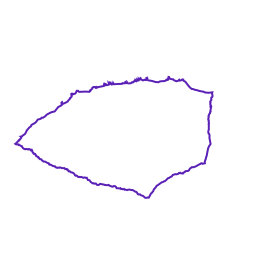 the district of Sao Lourenco, São Filipe, Cabo Verde, rotated 35°
{"feature_id": "66160863B41356087556588", "entity_name": "Sao Lourenco", "entity_type": "district", "adm_level": 2, "iso_a3": "CPV", "parent_name": "Cabo Verde", "parent_adm1": "São Filipe", "projection": "robinson", "projection_center": [-24.437, 14.978], "detail": "fine", "context": "isolated", "style": "outline", "palette": "violet", "viewbox_px": 256, "rotation_deg": 35, "n_neighbors": 0, "source": "geoboundaries", "source_scale": "gbopen_adm2", "svg_char_len": 5762}
<svg xmlns="http://www.w3.org/2000/svg" viewBox="0 0 256 256"><g transform="rotate(35 128 128)"><path d="M185.0,173.1L184.4,168.4L184.8,167.3L184.7,166.7L184.9,165.3L184.4,163.5L184.7,160.9L184.6,159.0L185.4,157.2L186.7,153.3L187.5,152.4L188.1,151.0L188.6,150.5L188.9,149.8L189.6,146.1L190.5,145.0L190.8,143.9L191.6,142.6L191.6,140.8L193.3,138.6L194.1,138.3L195.4,136.8L195.5,136.6L195.5,135.8L196.0,135.5L196.1,135.0L196.4,134.7L197.6,134.7L199.1,133.7L198.8,133.0L199.8,131.7L199.7,130.7L201.0,129.3L201.7,128.9L202.2,127.7L202.0,125.9L202.8,123.4L204.3,122.5L204.5,122.0L205.5,120.7L207.5,116.4L208.0,115.9L208.2,114.9L208.7,114.5L209.7,114.5L211.2,112.8L210.7,112.3L209.9,110.7L209.4,108.5L208.9,107.6L208.6,106.2L205.5,99.2L205.0,97.5L204.8,95.8L204.9,94.2L204.7,93.6L200.2,89.2L199.4,87.7L198.6,86.9L197.9,86.3L197.2,86.3L196.3,85.5L195.7,84.7L194.9,82.6L193.4,80.6L192.8,79.5L191.8,78.6L191.7,77.7L190.2,76.3L190.0,75.6L189.7,75.3L189.1,75.2L188.9,74.7L188.5,74.5L187.9,72.8L187.2,72.3L187.2,71.6L186.8,71.1L186.6,69.8L186.7,68.9L186.1,68.0L186.3,67.2L185.5,66.4L184.3,63.7L183.6,63.5L183.8,63.0L183.8,62.6L182.9,62.4L182.7,61.8L182.1,61.7L181.4,60.9L181.2,60.0L180.5,59.7L180.2,59.3L180.2,57.2L179.6,56.7L178.8,55.2L179.2,54.4L179.1,53.7L178.1,52.4L177.1,51.7L176.6,50.4L173.9,52.9L170.7,54.7L170.1,54.9L169.4,54.8L165.1,56.8L163.5,57.2L160.9,58.3L158.7,58.9L158.0,59.4L156.4,59.4L154.1,59.0L148.5,57.2L146.1,57.4L145.5,56.7L145.3,56.9L144.6,57.1L144.1,58.5L143.2,59.5L142.3,59.1L141.9,60.7L141.0,61.8L138.5,62.5L137.0,62.2L136.4,62.7L134.1,63.6L132.7,63.0L132.3,63.3L132.1,62.8L131.9,62.9L132.4,64.3L133.1,65.0L133.1,65.7L132.7,66.1L131.9,66.1L131.7,66.6L131.8,66.9L131.7,67.7L130.5,69.0L128.9,70.2L127.5,71.5L126.6,73.1L124.0,74.6L120.6,75.7L117.1,77.4L115.8,77.6L115.3,77.1L115.3,76.2L115.0,76.2L114.9,76.8L114.6,76.3L114.4,76.7L114.9,77.0L115.1,77.7L115.5,78.1L114.8,78.8L113.8,79.0L113.0,80.4L110.8,80.7L110.2,81.1L109.9,81.0L110.0,80.2L109.7,80.0L109.6,80.3L109.7,80.8L109.4,80.9L109.4,80.4L109.0,81.2L109.6,81.9L109.4,82.1L109.2,81.9L109.4,82.2L109.4,82.5L108.8,82.2L109.1,82.7L108.7,83.1L108.4,83.2L107.8,83.1L108.4,84.0L108.2,84.5L107.9,84.3L107.8,84.7L107.3,84.4L106.6,84.4L107.1,85.1L107.0,85.3L106.5,85.4L106.6,85.7L106.3,86.0L105.7,85.7L106.3,86.5L105.9,87.8L105.5,87.8L105.4,88.2L104.9,88.5L104.8,89.4L104.6,89.8L102.8,91.2L101.7,91.6L101.4,91.4L101.4,91.8L99.9,92.5L99.7,92.5L99.5,91.8L99.4,92.0L99.8,93.1L98.2,94.3L97.9,94.4L97.8,93.8L97.7,94.3L98.0,94.9L97.0,95.9L94.5,97.7L91.4,100.2L90.9,100.4L90.7,100.2L90.6,100.6L90.6,100.3L90.1,100.0L90.4,100.8L89.7,101.2L89.7,101.5L89.0,101.3L89.2,101.7L88.7,101.8L88.5,101.0L88.4,101.6L88.0,101.7L87.6,101.0L87.3,101.3L87.1,100.9L87.3,101.4L87.0,101.4L87.2,101.9L87.0,102.0L87.2,102.4L86.6,102.3L87.4,103.0L87.1,103.7L86.5,103.5L86.9,103.8L86.7,104.3L86.2,104.9L85.4,105.4L84.9,104.8L84.3,104.9L84.2,105.3L84.7,106.1L84.5,106.3L84.1,106.4L83.9,105.7L83.2,105.5L83.3,106.0L84.3,107.1L83.5,108.1L80.0,111.7L80.0,112.0L79.7,112.1L79.2,112.8L78.8,113.0L78.4,112.6L78.1,112.9L78.3,113.3L78.6,113.1L79.0,113.3L78.9,113.6L78.4,113.7L77.6,113.5L77.0,113.6L76.2,114.3L75.7,115.5L76.2,116.3L75.9,117.0L75.9,117.8L75.4,118.5L75.4,118.9L75.8,119.0L75.9,119.5L75.6,120.5L72.4,122.5L67.3,126.4L66.8,126.5L65.7,126.2L64.7,126.9L65.1,129.4L64.7,130.6L63.5,132.1L63.2,131.6L62.2,132.1L62.0,132.6L62.2,132.9L62.5,132.9L62.6,133.4L63.1,133.5L63.6,134.1L63.8,134.9L63.7,135.8L63.4,136.5L63.4,137.0L63.7,137.3L63.3,139.6L63.4,140.8L62.6,142.6L61.0,145.3L60.6,145.7L59.7,145.3L59.2,144.8L59.1,145.1L58.9,145.2L58.9,145.4L59.6,146.1L60.3,146.1L60.6,146.9L59.9,148.9L58.8,150.8L58.5,156.2L58.1,156.9L56.1,159.1L56.0,159.7L55.6,160.0L53.8,163.6L53.5,165.5L52.8,167.7L52.3,168.5L51.3,169.2L51.3,170.2L50.9,171.0L49.5,172.5L49.2,173.2L49.3,175.5L48.8,177.5L47.2,180.7L47.5,182.5L46.9,184.0L46.5,188.1L47.0,190.8L47.0,192.2L46.0,194.8L45.9,195.8L45.3,196.4L45.7,196.4L46.1,197.1L46.1,198.7L46.1,199.2L45.9,199.3L45.9,200.2L45.6,200.5L45.5,201.0L45.8,201.3L45.6,201.7L45.2,203.8L45.3,204.1L44.8,205.6L45.7,205.6L47.4,204.6L47.8,204.2L48.5,204.6L49.1,204.2L51.1,204.0L51.6,203.8L52.5,204.4L53.1,204.5L53.7,204.8L55.4,204.6L56.1,204.3L56.3,203.8L57.7,203.0L58.4,203.0L58.9,202.1L59.2,201.9L59.6,201.8L61.3,202.1L61.5,201.9L61.3,201.2L61.6,201.0L62.7,201.6L63.1,202.2L63.6,202.3L64.2,202.8L64.8,202.7L65.6,203.2L66.1,202.7L66.8,202.5L67.9,203.2L68.3,203.1L69.0,203.7L71.0,203.2L71.4,203.3L71.4,203.7L71.6,203.8L72.4,203.6L73.1,204.0L73.8,204.0L74.8,203.4L76.4,203.9L77.1,203.8L77.8,204.0L79.6,203.0L81.8,202.9L83.3,202.4L84.1,203.0L84.5,202.7L85.2,202.9L85.7,202.4L88.4,202.2L89.1,201.7L89.9,201.7L90.3,201.3L91.4,201.6L92.2,201.5L92.7,201.1L93.1,201.1L93.5,200.5L94.6,199.9L95.0,199.2L97.0,198.7L99.0,197.3L100.1,197.7L101.3,196.7L101.8,197.1L102.4,196.7L103.2,197.2L103.7,197.0L104.3,197.5L105.2,196.9L106.8,197.0L107.7,196.5L109.2,196.2L110.7,196.6L111.9,197.2L112.5,197.1L112.8,196.6L113.3,196.4L115.3,196.7L116.1,196.0L116.9,195.8L117.7,194.9L120.0,194.4L120.4,193.7L121.7,193.0L122.1,193.0L122.8,192.4L124.9,193.6L126.4,192.9L128.6,193.6L130.8,193.6L131.6,192.9L132.2,193.0L133.5,191.9L135.0,192.4L136.4,191.7L136.8,191.3L137.1,189.9L137.6,189.5L140.0,188.6L140.4,188.2L141.7,188.0L144.0,186.6L144.8,185.7L145.6,185.9L148.8,185.1L149.3,184.7L149.4,184.0L150.4,183.2L151.9,183.1L152.8,183.7L153.4,183.8L154.6,182.9L155.9,182.3L156.3,181.6L157.4,182.0L158.0,181.4L159.2,181.0L159.6,180.2L160.4,180.2L160.8,180.4L161.5,179.8L162.9,179.4L163.4,178.6L164.5,177.6L166.5,176.8L167.5,176.1L170.3,176.0L171.6,175.6L172.6,175.8L173.5,176.4L174.6,176.5L175.1,175.9L176.0,175.5L176.5,175.7L177.5,175.6L179.2,175.0L182.1,175.3L182.8,174.9L183.6,174.2L183.9,173.7L185.0,173.1Z" fill="none" stroke="#5b21b6" stroke-width="2"/></g></svg>